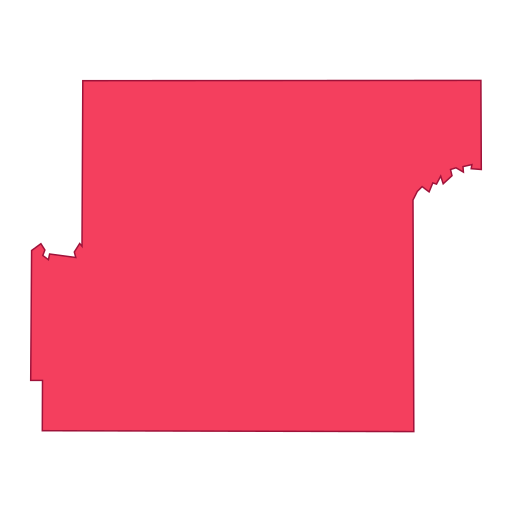 Jackson, South Dakota, United States of America
{"feature_id": "52423323B47922460114210", "entity_name": "Jackson", "entity_type": "district", "adm_level": 2, "iso_a3": "USA", "parent_name": "United States of America", "parent_adm1": "South Dakota", "projection": "orthographic", "projection_center": [-101.56, 43.692], "detail": "fine", "context": "isolated", "style": "filled", "palette": "rose", "viewbox_px": 512, "rotation_deg": 0, "n_neighbors": 0, "source": "geoboundaries", "source_scale": "gbopen_adm2", "svg_char_len": 522}
<svg xmlns="http://www.w3.org/2000/svg" viewBox="0 0 512 512"><path d="M413.8,431.6L413.0,200.0L417.3,191.4L422.1,186.6L429.1,191.9L432.8,182.9L436.5,184.1L440.7,176.1L443.2,183.8L452.0,175.7L450.5,169.5L456.0,167.8L463.4,172.1L463.0,166.6L471.9,164.6L471.2,168.7L481.3,169.5L480.9,80.4L87.7,80.7L82.8,80.7L82.0,246.3L79.7,243.5L74.3,252.0L75.8,257.5L49.6,254.0L48.4,259.7L42.8,255.5L44.9,250.0L40.9,243.7L31.6,250.5L30.7,380.4L42.5,380.4L42.3,430.7L413.8,431.6Z" fill="#f43f5e" stroke="#9f1239" stroke-width="1.5"/></svg>